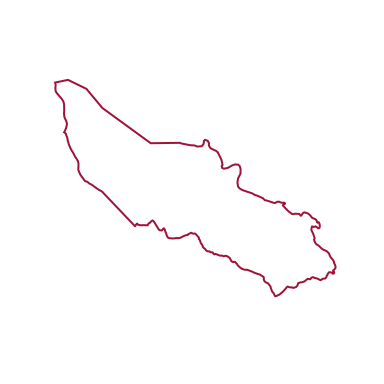 the district of Escap, Micoud, Saint Lucia, rotated 11°
{"feature_id": "8701671B28478396095564", "entity_name": "Escap", "entity_type": "district", "adm_level": 2, "iso_a3": "LCA", "parent_name": "Saint Lucia", "parent_adm1": "Micoud", "projection": "natural_earth1", "projection_center": [-60.899, 13.831], "detail": "fine", "context": "isolated", "style": "outline", "palette": "rose", "viewbox_px": 384, "rotation_deg": 11, "n_neighbors": 0, "source": "geoboundaries", "source_scale": "gbopen_adm2", "svg_char_len": 5826}
<svg xmlns="http://www.w3.org/2000/svg" viewBox="0 0 384 384"><g transform="rotate(11 192 192)"><path d="M142.7,236.4L142.8,235.9L143.5,234.5L143.7,234.0L144.2,233.6L145.4,234.4L147.3,234.5L149.3,234.2L150.7,233.8L152.2,233.6L154.8,233.1L155.4,231.1L156.2,230.7L157.3,229.1L157.6,228.5L158.6,227.5L159.6,227.8L161.3,229.4L164.3,232.7L165.6,234.2L166.8,235.3L167.6,235.7L169.2,235.6L169.6,235.5L170.3,234.6L170.8,233.4L171.4,233.1L172.0,233.5L172.9,235.1L173.2,235.6L174.1,237.0L174.6,237.6L175.4,239.4L177.0,241.3L178.4,241.7L181.8,241.3L183.5,240.9L184.2,240.7L185.1,240.2L186.1,240.2L188.5,239.6L190.3,238.5L190.6,238.1L191.3,237.6L192.1,236.9L192.9,236.4L194.9,235.3L195.3,235.2L195.7,235.2L196.7,233.8L197.7,233.2L198.8,232.2L199.4,232.2L200.1,232.6L201.5,232.6L202.7,232.2L204.6,233.2L206.2,234.5L207.4,235.4L207.7,236.3L207.7,236.8L209.1,237.9L209.7,239.4L210.5,240.6L211.7,241.5L212.8,243.0L213.0,243.7L214.0,244.6L215.8,245.4L216.3,246.0L217.4,246.9L218.7,247.2L220.6,247.0L221.0,247.4L222.0,247.6L223.6,247.3L225.2,248.7L225.9,248.9L226.8,248.3L230.3,248.9L231.1,249.1L232.9,248.9L233.4,248.7L234.0,248.7L235.2,249.1L235.8,248.8L236.7,248.3L238.0,248.2L239.0,248.4L241.5,249.5L243.9,252.4L244.8,252.7L245.8,253.0L246.5,252.6L247.7,252.4L250.0,254.2L250.3,254.7L252.0,256.0L254.6,257.5L255.5,257.6L256.1,258.0L257.6,258.2L259.1,258.2L260.7,257.8L262.1,258.0L266.2,258.7L268.7,259.4L273.2,260.0L274.0,260.0L277.6,261.3L278.7,262.0L279.0,263.3L279.2,264.2L279.8,265.3L281.3,266.5L283.0,266.9L283.7,266.9L286.4,269.1L287.1,269.9L287.3,270.4L288.5,272.5L289.3,273.9L290.3,275.0L291.4,275.7L293.0,277.9L293.5,278.4L294.5,278.1L297.5,275.9L300.3,272.4L302.0,269.7L303.3,267.2L303.9,266.6L305.8,266.9L307.3,266.8L308.2,266.5L309.2,266.8L310.2,266.6L312.2,265.5L313.2,264.0L313.5,262.9L313.6,261.5L313.9,261.0L315.8,260.0L317.0,259.7L319.5,258.3L320.9,256.6L321.9,255.4L322.4,255.1L324.5,255.1L324.9,254.8L325.5,253.5L326.5,252.7L327.3,252.5L328.3,252.9L331.7,253.1L334.3,253.9L335.1,253.9L335.8,253.5L336.4,252.6L336.9,252.2L337.9,252.0L338.6,251.7L339.4,251.3L340.0,250.2L340.2,249.8L340.2,248.8L340.9,246.8L341.1,246.1L341.5,245.2L342.1,244.5L343.5,244.4L344.9,244.7L345.8,245.3L346.2,245.2L346.8,244.9L347.0,244.3L346.6,243.3L345.6,242.8L345.5,242.4L345.5,242.1L346.3,241.3L346.8,240.4L347.3,239.2L347.1,237.7L346.2,236.0L345.2,234.9L344.7,233.5L343.5,231.9L342.2,230.9L340.2,229.2L339.0,227.6L338.5,226.5L337.7,225.8L335.6,224.5L334.2,224.0L332.3,223.7L329.9,222.7L327.3,220.9L325.1,219.9L324.1,219.6L322.8,218.4L321.5,216.6L320.9,215.6L321.1,214.5L321.2,214.1L320.6,212.8L318.9,209.9L316.7,206.9L316.3,206.1L316.3,203.5L316.5,202.9L317.5,202.9L318.4,203.1L319.7,202.2L320.7,202.5L322.6,203.5L323.3,203.5L323.9,202.9L324.1,201.8L323.6,199.8L323.0,198.5L322.3,197.6L321.7,197.6L321.2,197.9L321.0,198.1L320.4,197.7L320.0,196.5L319.4,195.8L318.8,195.4L316.8,194.8L315.8,194.7L314.4,194.1L312.8,192.6L311.2,191.6L309.8,191.0L308.9,190.7L307.5,190.7L306.7,190.5L306.0,190.7L305.1,191.3L304.1,193.4L303.7,194.3L303.4,194.5L301.5,193.1L299.6,193.3L297.4,193.6L295.5,194.5L294.4,194.4L291.0,192.9L289.5,191.9L286.0,189.5L283.7,187.8L283.8,187.4L285.4,185.9L285.4,185.3L284.5,185.0L283.7,185.0L282.6,185.4L281.2,185.4L279.8,185.0L278.6,185.0L277.3,185.5L275.6,187.0L273.9,187.0L268.7,186.3L266.5,186.1L265.2,186.2L264.2,185.6L262.7,184.5L261.1,184.2L258.8,183.6L257.0,183.2L253.8,182.8L251.5,181.9L242.6,180.7L241.0,180.5L238.1,179.4L236.2,177.9L234.8,174.1L234.6,170.1L236.1,164.7L235.3,160.1L233.9,157.5L232.2,156.4L229.0,156.7L226.1,158.4L223.1,161.1L220.2,162.6L218.4,163.0L217.0,162.6L216.2,160.9L216.8,159.8L216.4,158.4L214.6,154.5L209.7,148.1L207.9,147.1L203.7,146.0L201.7,145.4L199.7,143.2L199.3,140.7L197.7,138.8L194.9,138.3L194.0,139.4L194.2,142.6L192.8,145.2L188.4,146.4L185.7,145.8L181.5,146.4L172.2,146.4L170.9,146.0L142.2,152.0L87.9,126.6L68.7,110.9L48.9,105.6L36.7,110.7L36.7,110.9L36.8,111.0L37.1,111.4L37.3,111.9L37.4,112.0L37.5,112.4L37.6,112.6L37.7,112.9L37.8,113.5L37.9,114.1L37.9,114.7L37.9,114.9L37.9,115.1L38.0,115.3L38.0,115.5L38.1,115.9L38.1,116.1L38.2,116.3L38.2,116.5L38.3,116.9L38.4,117.5L38.6,118.0L38.8,118.6L38.9,118.8L39.1,119.3L39.4,119.6L39.5,119.8L39.8,120.0L40.0,120.3L40.3,120.6L40.6,120.8L41.0,121.2L41.3,121.4L41.7,121.7L41.9,121.9L42.1,122.1L42.5,122.4L42.8,122.6L42.9,122.8L43.9,123.5L44.2,123.7L44.6,124.1L44.8,124.2L44.9,124.3L45.2,124.5L45.5,124.7L45.9,125.1L46.5,125.6L46.8,125.9L46.9,126.0L47.6,126.8L47.8,127.0L48.1,127.3L48.3,127.6L48.4,127.8L48.5,127.9L48.6,128.1L48.8,128.4L48.9,128.6L49.1,128.9L49.3,129.3L49.4,129.7L49.7,130.4L49.9,131.2L50.0,131.6L50.1,132.2L50.1,132.5L50.4,133.4L50.5,134.0L50.6,134.6L50.7,134.9L50.8,135.4L50.8,135.6L50.9,136.0L51.0,136.4L51.0,136.6L51.1,136.8L51.1,137.2L51.2,137.7L51.2,137.9L51.3,138.7L51.4,139.0L51.4,139.4L51.5,139.5L51.5,139.8L51.7,140.3L51.8,140.7L51.8,140.8L51.9,141.0L52.0,141.4L52.1,141.8L52.3,142.2L52.3,142.4L52.5,142.7L52.6,142.9L52.7,143.0L52.9,143.5L53.0,143.7L53.2,144.0L53.3,144.1L53.6,144.5L54.0,145.0L54.4,145.5L54.5,145.6L54.6,145.8L54.8,146.1L55.0,146.4L55.3,146.7L55.3,146.9L55.6,147.4L55.8,147.8L56.0,148.3L56.0,148.5L56.1,148.9L56.2,149.3L56.3,149.5L56.3,149.8L56.3,150.0L56.3,150.4L56.3,150.9L56.3,151.2L56.3,151.4L56.3,151.6L56.3,151.8L56.3,152.4L56.2,152.6L56.2,152.9L56.2,153.0L56.2,153.3L56.1,153.9L56.0,154.1L55.9,154.5L55.7,155.4L55.6,155.8L55.6,156.2L55.5,156.5L55.4,156.8L55.4,157.0L55.3,157.4L55.2,157.6L55.1,157.8L56.0,158.2L57.2,159.0L57.6,160.2L58.8,161.9L59.6,163.3L60.2,165.4L61.2,167.1L62.1,168.9L63.7,171.3L65.6,173.8L68.1,176.5L70.0,179.1L72.8,181.9L74.2,183.5L75.2,186.0L75.6,188.2L76.0,191.4L77.1,193.6L79.3,196.5L82.6,199.6L84.9,201.7L87.4,202.0L89.6,203.3L92.2,204.0L95.2,205.4L98.4,206.9L100.7,207.8L103.4,208.6L142.5,236.4L142.7,236.4Z" fill="none" stroke="#9f1239" stroke-width="2"/></g></svg>